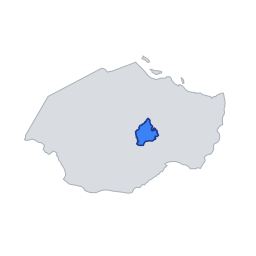 Iringa, Iringa, United Republic of Tanzania shown in context, rotated 300°
{"feature_id": "72390352B92646008536074", "entity_name": "Iringa", "entity_type": "district", "adm_level": 2, "iso_a3": "TZA", "parent_name": "United Republic of Tanzania", "parent_adm1": "Iringa", "projection": "robinson", "projection_center": [35.361, -7.564], "detail": "fine", "context": "in_parent", "style": "filled", "palette": "blue", "viewbox_px": 256, "rotation_deg": 300, "n_neighbors": 0, "source": "geoboundaries", "source_scale": "gbopen_adm2", "svg_char_len": 7479}
<svg xmlns="http://www.w3.org/2000/svg" viewBox="0 0 256 256"><g transform="rotate(300 128 128)"><path d="M100.6,176.5L98.3,175.1L96.2,174.3L94.5,173.4L93.8,172.5L92.2,172.1L90.8,172.0L89.5,171.1L86.9,170.8L86.6,170.3L86.6,169.1L86.1,168.7L85.2,168.4L84.2,168.4L83.5,168.6L83.2,168.5L82.3,167.8L81.5,166.9L81.2,165.4L80.0,164.5L78.6,163.7L74.8,163.8L74.2,163.6L73.3,162.9L72.2,161.6L71.4,160.2L70.6,158.3L69.8,155.8L65.4,145.5L65.0,143.6L64.1,141.5L62.7,138.8L61.2,136.9L59.2,135.1L56.9,133.3L55.6,132.1L53.2,127.3L52.7,125.1L52.4,122.8L52.5,121.8L54.0,118.8L54.1,118.0L54.0,116.8L53.2,114.4L52.3,111.5L50.4,106.2L50.1,104.9L50.2,103.9L51.2,98.5L51.2,97.7L55.6,97.8L58.8,95.5L61.6,92.0L62.2,90.5L63.3,88.2L64.5,87.1L64.9,86.3L65.5,84.1L67.0,82.5L68.4,81.4L68.1,80.5L68.3,80.2L69.1,79.6L70.6,79.1L70.9,77.9L70.9,76.6L70.7,75.8L70.7,75.0L70.5,74.5L69.5,74.4L68.0,73.7L66.8,73.4L65.9,73.0L65.6,72.7L65.5,71.9L66.2,69.9L65.5,69.0L67.0,65.6L67.3,65.2L67.9,65.2L68.8,64.8L69.6,64.6L70.2,64.8L70.7,64.6L71.2,64.2L71.5,63.1L71.8,61.1L71.7,59.6L71.0,58.3L70.8,56.5L71.1,54.0L70.9,51.9L70.2,50.3L69.5,49.3L68.4,48.8L66.6,46.3L66.1,45.1L66.2,44.3L66.8,44.0L67.9,44.1L69.0,43.8L69.9,43.1L70.9,42.9L71.4,43.0L115.3,43.0L166.7,75.4L166.9,75.8L167.3,78.6L167.2,79.6L166.4,81.2L166.2,82.0L166.2,82.6L166.4,82.8L167.0,82.9L167.6,83.3L167.8,83.6L168.3,84.8L168.8,85.4L188.3,101.4L188.8,101.6L188.5,102.9L187.4,106.2L187.3,107.5L186.9,109.1L186.5,110.2L185.3,114.7L184.4,116.4L183.1,120.4L182.9,123.5L183.6,125.6L183.8,127.6L185.3,129.6L186.5,130.3L187.3,131.2L188.8,133.2L189.6,135.3L192.2,136.3L193.2,138.6L192.8,140.2L191.6,141.5L190.5,143.7L189.6,146.5L189.6,150.7L190.2,150.1L191.5,151.1L191.7,154.3L190.3,158.0L189.9,159.7L189.8,161.2L190.8,165.6L192.3,167.8L192.2,168.5L191.8,169.1L194.5,173.0L194.2,176.5L195.2,179.2L195.7,181.5L196.3,183.3L196.4,184.5L195.6,185.9L197.5,186.2L198.7,187.3L199.2,188.4L200.6,188.3L201.3,189.1L202.4,189.7L204.8,191.5L205.5,192.4L205.9,193.2L199.2,198.9L196.8,200.3L195.1,201.0L193.3,201.4L191.5,202.3L189.9,203.7L187.8,204.4L185.2,204.4L182.5,205.4L178.3,208.3L175.9,206.7L173.9,206.2L171.7,206.2L170.4,206.4L169.9,206.8L169.4,207.8L169.1,209.4L167.6,211.0L165.1,212.5L162.7,213.0L160.6,212.6L159.1,212.0L158.3,211.1L157.2,210.7L155.7,210.8L154.3,211.4L153.0,212.6L150.8,213.1L147.8,212.9L146.3,212.4L146.0,211.4L144.7,210.3L142.4,209.0L140.6,208.9L139.5,210.2L138.4,211.0L137.5,211.3L136.7,211.3L135.5,211.0L132.2,210.9L129.1,210.9L128.8,209.1L128.1,208.0L127.6,207.3L126.5,207.2L126.2,206.6L125.8,205.5L125.3,204.6L124.6,203.8L124.2,203.0L124.0,202.3L124.1,201.6L124.8,199.7L125.0,198.4L124.9,197.1L124.6,195.8L123.8,194.2L123.9,193.7L123.7,192.6L123.6,191.9L123.8,190.9L123.6,189.7L123.0,187.0L123.0,186.3L122.3,185.0L120.3,182.0L120.2,181.6L116.9,178.5L115.6,177.8L115.1,178.4L115.0,179.0L115.1,179.9L115.0,180.4L114.9,180.7L114.1,180.6L113.6,180.5L112.4,179.7L111.5,179.5L109.1,179.6L108.2,179.8L107.6,179.6L106.3,178.2L104.9,177.9L103.5,177.9L101.3,176.3L100.6,176.5ZM192.6,125.1L193.6,128.5L193.5,129.1L192.7,129.5L192.3,129.6L191.9,129.0L191.5,127.9L191.0,128.1L190.0,126.8L189.0,126.7L188.2,125.1L188.5,123.7L188.3,121.3L189.4,120.0L189.9,117.9L190.6,119.4L190.8,121.6L191.7,124.2L192.6,125.1ZM197.8,105.0L197.8,105.8L197.6,106.5L197.7,108.9L197.6,110.5L196.8,112.7L196.1,113.5L195.5,113.3L195.1,112.9L194.7,112.3L195.5,108.3L195.1,105.3L196.6,105.6L197.8,105.0ZM195.5,153.7L194.7,154.0L194.4,153.8L194.0,153.1L194.8,152.5L195.6,151.4L197.4,149.8L198.2,148.5L198.1,149.8L197.1,152.5L196.2,152.7L195.5,153.7Z" fill="#d9dde1" stroke="#a8b0b8" stroke-width="1"/><path d="M130.8,137.0L130.1,136.8L130.1,136.7L129.9,136.7L129.6,136.6L129.4,136.7L129.2,136.7L128.9,136.5L128.6,136.4L128.4,136.5L128.2,136.8L127.9,136.9L127.8,137.0L127.7,137.1L127.5,137.3L127.4,137.3L127.1,137.6L126.9,137.6L126.5,137.9L126.5,138.1L126.2,138.3L125.9,138.5L125.7,138.8L125.4,138.9L125.2,139.1L125.0,139.3L124.9,139.5L124.7,140.0L124.5,140.3L124.4,140.3L124.3,140.6L124.2,140.5L124.2,140.8L123.9,141.0L124.0,141.1L123.7,141.3L123.5,141.5L123.2,141.6L123.0,141.8L122.8,141.9L122.7,141.9L122.7,142.0L122.5,142.3L122.4,142.4L122.4,142.5L122.2,142.6L121.9,142.7L121.9,142.9L121.7,143.0L121.7,143.3L121.6,143.2L121.4,143.2L121.2,143.3L120.9,143.4L120.7,143.3L120.4,143.5L120.3,143.4L120.0,143.6L119.9,143.4L119.9,143.5L119.8,143.4L119.5,143.5L119.4,143.5L119.1,143.4L119.0,143.5L118.9,143.5L118.6,143.8L118.4,144.0L118.4,146.1L119.4,147.6L119.4,148.0L119.6,148.2L119.7,148.4L120.6,149.8L120.8,149.9L121.1,149.9L121.5,149.8L121.9,149.7L122.8,149.5L123.6,149.7L124.0,149.7L124.4,149.7L124.8,149.8L125.2,150.0L125.3,150.0L125.4,150.3L125.7,150.6L126.2,151.3L126.4,151.6L126.7,151.9L127.1,152.1L127.5,152.5L127.6,152.8L127.6,153.0L127.8,153.3L128.0,153.7L128.0,153.8L128.2,154.1L128.3,154.4L128.4,154.5L128.5,154.8L128.6,155.0L128.8,155.3L128.8,155.5L129.0,155.6L129.3,155.7L129.7,155.9L130.2,156.2L130.4,156.3L130.7,156.5L131.0,156.5L131.3,156.6L131.5,156.4L131.9,156.4L132.0,156.5L131.9,156.7L132.0,156.9L132.0,157.0L132.0,157.3L132.1,157.6L132.2,157.8L132.2,157.7L132.3,157.4L132.6,157.3L132.7,157.1L132.9,157.0L133.0,156.7L133.1,156.3L133.2,156.2L133.4,156.1L133.5,156.2L133.8,156.3L133.9,156.2L133.9,156.3L134.0,156.3L134.3,156.2L134.5,156.2L134.7,156.4L134.9,156.4L134.9,156.5L135.0,156.8L135.1,157.2L135.1,157.3L135.4,157.4L135.5,157.5L135.8,157.6L136.1,157.8L136.4,157.9L136.6,157.9L136.8,157.9L137.0,157.9L137.1,157.6L137.3,157.4L137.5,157.4L137.6,157.2L137.9,156.7L137.9,156.3L138.0,156.2L138.5,155.9L138.6,155.6L138.5,155.4L139.1,155.1L139.1,154.9L139.4,154.8L139.6,154.7L139.7,154.8L139.8,154.6L140.0,154.5L140.0,154.3L140.3,154.2L140.2,153.7L140.1,153.4L140.3,153.2L140.5,152.9L140.8,152.5L141.0,152.2L141.1,151.9L141.0,151.7L141.0,151.4L140.9,151.4L140.9,151.2L141.0,150.9L140.9,150.9L140.7,150.9L140.5,150.7L140.4,150.6L140.1,150.8L140.1,150.7L140.0,150.8L139.9,150.7L139.9,150.8L139.5,151.3L139.4,151.6L139.2,151.8L139.1,151.7L138.9,151.6L138.7,151.5L138.7,151.3L138.8,151.1L138.7,150.9L138.4,150.7L138.1,150.7L137.9,150.6L137.9,150.4L137.8,150.2L137.8,149.8L137.8,149.7L138.2,149.8L138.5,149.7L138.5,149.4L138.4,149.3L138.5,149.2L138.7,148.9L138.8,148.9L139.0,148.7L139.4,148.5L139.6,148.4L139.8,148.4L139.9,148.5L140.2,148.5L140.4,148.5L140.5,148.5L140.9,148.6L141.1,148.7L141.4,148.6L141.8,148.3L141.9,148.1L142.2,147.3L142.1,146.9L142.0,146.7L142.3,146.5L142.4,146.4L142.4,146.1L142.5,145.8L142.5,145.6L142.6,145.4L142.8,145.3L142.8,145.2L143.3,144.7L143.6,144.5L143.7,144.4L143.9,144.2L144.1,143.9L144.3,143.7L144.9,143.6L145.1,143.4L145.6,143.2L146.0,142.3L146.0,142.1L146.3,141.2L146.4,140.9L146.4,140.7L146.0,140.7L145.9,140.6L145.7,140.5L145.7,140.3L145.2,140.2L145.1,140.3L145.0,140.2L144.8,140.2L144.7,140.3L144.5,140.2L144.3,140.1L144.1,140.1L143.8,140.2L143.4,140.4L143.0,140.1L142.6,140.0L142.4,139.9L142.2,139.9L141.9,139.7L141.7,139.6L141.3,139.7L141.2,139.7L141.2,139.8L141.1,139.7L140.9,139.7L140.7,139.6L140.4,139.7L140.2,139.6L139.9,139.5L139.7,139.5L139.7,139.4L139.4,139.2L139.2,139.2L138.7,138.7L138.6,138.8L138.4,138.7L138.2,138.6L137.9,138.4L137.7,138.3L137.2,138.4L137.0,138.2L136.8,138.0L136.7,137.6L136.5,137.4L136.4,137.4L136.2,137.4L135.9,137.3L135.9,137.2L135.6,137.2L135.4,137.1L134.7,137.2L134.2,137.2L133.9,137.2L133.5,137.6L133.4,137.8L133.2,137.9L133.1,138.1L132.7,138.0L132.5,137.9L132.0,137.9L131.8,137.7L131.6,137.7L131.3,137.4L131.2,137.3L130.9,137.1L130.8,137.0Z" fill="#3b82f6" stroke="#1e3a8a" stroke-width="1.5"/></g></svg>